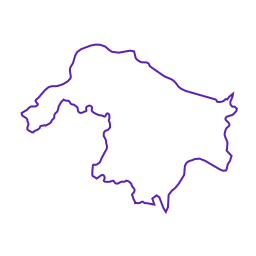 the District of Macvanski, rotated 94°
{"feature_id": "SRB-838", "entity_name": "Macvanski", "entity_type": "District", "adm_level": 1, "iso_a3": "SRB", "parent_name": "Republic of Serbia", "parent_adm1": "", "projection": "orthographic", "projection_center": [19.594, 44.517], "detail": "fine", "context": "isolated", "style": "outline", "palette": "violet", "viewbox_px": 256, "rotation_deg": 94, "n_neighbors": 0, "source": "natural_earth", "source_scale": "10m", "svg_char_len": 5643}
<svg xmlns="http://www.w3.org/2000/svg" viewBox="0 0 256 256"><g transform="rotate(94 128 128)"><path d="M74.9,190.0L72.4,189.9L70.8,189.4L67.1,187.4L59.3,185.7L55.7,184.0L52.5,180.0L48.5,171.3L47.1,166.3L46.9,161.5L48.4,156.2L50.9,153.1L53.1,149.4L53.5,142.5L50.7,131.3L51.1,127.3L57.5,125.3L58.9,124.1L60.1,122.4L61.1,120.4L61.5,118.6L61.3,114.5L61.7,112.8L62.6,111.7L64.6,110.6L65.4,109.7L73.9,95.4L76.5,87.8L77.9,85.5L79.8,83.4L83.4,80.4L85.1,77.8L87.0,73.1L93.4,42.7L94.2,41.6L95.1,41.3L95.7,40.6L95.6,38.1L95.1,36.0L94.3,34.5L93.3,33.5L92.2,32.3L92.6,31.0L89.4,28.8L86.5,25.7L89.3,25.9L94.9,27.8L97.5,27.4L99.5,25.4L99.2,23.3L101.0,20.8L101.4,20.8L102.0,20.8L102.5,20.8L103.4,21.2L103.9,21.5L105.9,23.0L106.9,23.8L107.6,24.7L107.9,25.2L108.4,26.8L109.1,28.3L109.6,29.9L110.0,30.4L110.4,30.8L110.8,31.1L111.5,31.4L111.9,31.4L112.3,31.4L112.6,31.3L113.1,31.0L113.8,30.3L114.7,29.2L115.4,28.4L115.9,28.0L116.6,27.5L117.1,27.2L117.6,27.1L117.9,27.1L118.4,27.2L118.9,27.5L119.3,27.8L120.9,29.4L121.4,29.8L122.5,30.3L123.4,30.6L125.2,30.9L126.5,31.2L127.1,31.2L127.6,31.2L128.2,31.1L128.9,30.9L130.7,30.1L133.8,28.5L135.0,28.0L135.7,27.8L136.4,27.8L137.8,27.7L141.6,27.8L143.0,28.0L143.6,28.1L148.7,22.7L150.5,23.3L153.5,23.9L157.4,26.0L162.2,26.7L163.6,27.4L164.0,30.1L163.0,33.3L155.3,48.9L153.6,54.6L154.4,59.4L155.6,61.6L156.3,63.6L157.2,65.5L158.7,67.2L161.7,68.6L170.8,68.7L179.7,73.3L184.5,76.7L187.5,79.9L191.9,82.8L204.2,82.6L209.1,84.4L205.5,87.0L195.0,91.9L193.2,94.8L196.7,98.8L202.6,96.4L201.6,104.4L201.8,105.5L201.8,105.8L201.7,106.2L200.6,107.9L200.5,108.4L200.5,108.7L200.6,109.0L200.9,109.5L201.8,110.7L201.9,111.1L202.1,111.6L202.3,112.9L202.3,115.7L201.4,115.7L201.2,115.7L200.5,116.3L198.7,117.4L198.2,117.7L195.9,118.5L194.7,119.3L194.4,119.3L193.9,119.2L193.4,118.9L192.2,117.9L191.4,117.5L190.6,117.2L190.1,117.1L189.5,117.1L189.1,117.2L188.7,117.4L188.2,117.7L187.7,118.1L186.2,119.5L185.4,120.1L185.0,120.3L183.7,120.7L183.4,120.9L183.0,121.3L182.2,122.2L181.8,122.7L181.4,123.3L181.0,124.3L180.6,126.1L181.1,126.6L181.5,127.1L181.8,127.7L181.9,128.2L181.9,128.7L181.9,130.1L182.0,130.7L182.6,131.9L182.9,132.5L183.8,133.6L184.0,134.0L184.1,134.5L184.2,135.0L184.2,135.9L184.2,136.2L184.0,136.6L183.7,137.0L183.4,137.3L182.2,138.3L181.9,138.6L181.7,138.9L181.7,139.3L181.8,139.9L182.7,142.0L183.0,143.0L183.1,143.7L183.2,145.1L183.2,146.4L183.1,147.1L183.0,147.7L182.8,148.0L182.6,148.3L182.3,148.4L182.0,148.5L181.6,148.4L180.7,148.0L179.7,147.8L179.2,147.8L178.8,147.9L178.0,148.2L177.5,148.5L177.1,148.9L176.8,149.4L176.6,149.9L176.5,150.4L176.8,151.0L177.2,151.6L178.8,153.5L180.6,155.9L180.0,156.7L179.2,158.1L178.9,158.6L178.5,159.5L178.4,159.9L177.9,160.2L177.6,160.3L176.5,160.4L175.8,160.5L169.4,160.5L168.1,160.4L167.4,160.2L167.0,159.8L166.9,159.5L166.9,159.2L167.0,158.0L167.0,157.5L166.8,157.0L165.4,155.0L164.9,154.4L164.5,153.9L163.9,153.6L163.5,153.4L162.0,152.9L159.7,152.1L156.0,150.4L154.2,149.7L151.4,148.3L150.1,147.8L149.5,147.7L149.0,147.6L147.8,147.7L147.2,147.8L145.2,148.5L144.6,148.7L142.5,149.0L141.4,149.4L140.8,149.7L138.9,150.7L138.6,151.1L138.2,151.4L137.6,151.6L137.1,151.7L136.0,151.8L134.9,151.7L134.4,151.7L133.9,151.5L133.5,151.3L132.8,150.8L132.3,150.2L132.1,149.8L131.5,148.3L131.3,147.9L131.0,147.6L128.6,145.9L126.4,146.1L124.7,146.4L123.8,146.7L122.7,147.3L122.1,147.6L121.5,147.7L120.9,147.6L119.8,147.3L119.3,147.3L118.3,147.3L117.2,147.4L116.6,147.6L115.9,147.9L115.2,148.4L115.0,148.8L114.9,149.2L114.9,149.4L114.9,149.7L115.1,150.1L115.4,150.4L115.7,150.6L116.1,150.8L117.5,151.3L117.9,151.6L118.1,151.9L118.3,152.3L118.3,152.5L118.1,152.9L117.6,153.9L117.4,154.4L117.3,154.9L117.3,156.7L117.2,157.6L116.5,160.0L116.0,161.3L114.8,163.7L114.3,164.3L113.8,165.0L113.4,165.2L112.7,165.5L112.2,165.5L110.6,165.3L110.2,165.3L109.8,165.5L109.3,165.8L109.0,166.2L108.6,167.0L108.4,167.3L108.4,167.9L108.4,168.4L108.6,168.8L109.0,169.6L109.2,170.0L109.7,170.6L110.0,170.8L110.5,171.1L110.9,171.2L111.3,171.2L113.1,170.7L113.5,170.7L113.8,170.8L114.1,171.1L114.3,171.6L114.7,172.6L115.5,174.0L116.1,175.3L116.2,175.9L116.2,176.4L116.2,177.0L116.0,177.5L115.6,178.1L115.2,178.6L114.7,178.9L113.8,179.2L112.1,179.6L111.6,179.7L111.2,179.9L110.7,180.2L110.4,180.7L109.6,181.9L108.9,182.9L108.7,183.3L108.5,184.2L108.3,185.4L108.2,185.9L108.0,186.3L107.8,186.7L107.5,187.0L105.8,188.2L105.5,188.5L105.2,188.9L105.0,189.3L105.0,189.7L105.1,191.2L105.0,192.0L104.8,192.7L104.6,193.4L104.2,194.2L104.9,194.9L107.1,196.6L108.0,197.2L109.9,197.9L111.1,198.6L111.7,198.7L113.3,198.9L115.8,199.5L116.4,199.7L116.9,200.0L117.3,200.4L118.2,201.3L118.6,201.6L119.3,202.0L120.2,202.3L120.5,202.4L121.1,202.4L122.6,202.3L123.0,202.3L123.3,202.5L123.6,202.7L125.0,204.0L125.5,204.4L127.3,205.1L127.7,205.4L128.3,205.7L128.7,206.2L130.0,208.2L131.4,210.5L131.1,211.0L131.1,211.6L131.7,213.4L132.0,214.9L132.2,215.2L132.3,215.5L132.5,215.6L132.8,215.8L133.7,216.0L134.1,216.1L134.5,216.3L134.8,216.6L135.5,217.4L136.1,218.3L136.8,219.6L137.3,220.7L137.7,221.2L138.2,221.7L138.9,222.0L139.0,222.8L139.0,223.5L138.8,224.1L137.9,225.7L137.3,227.2L137.0,227.6L136.6,228.0L136.2,228.2L135.4,228.5L134.9,228.5L134.0,228.3L133.2,228.0L131.8,227.6L131.4,227.6L130.9,227.6L130.4,227.7L128.7,228.6L128.3,228.7L126.6,229.1L126.2,229.3L125.9,229.5L125.3,230.2L124.9,230.8L123.4,233.7L122.9,234.3L122.4,234.7L121.7,234.9L120.5,235.2L117.2,230.4L114.4,227.8L113.3,226.2L112.9,221.7L111.4,219.7L110.3,219.7L108.2,221.8L107.2,222.1L105.9,221.4L104.0,219.4L96.1,213.5L92.7,210.0L91.6,206.7L91.2,201.6L89.0,196.2L85.9,191.6L82.8,189.0L80.8,188.6L74.9,190.0Z" fill="none" stroke="#5b21b6" stroke-width="2"/></g></svg>